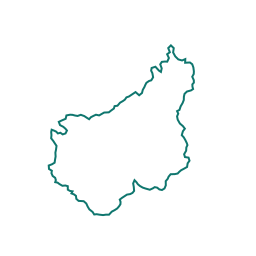 Piacatu, São Paulo, Brazil (orthographic projection), rotated 113°
{"feature_id": "56859067B18730423511926", "entity_name": "Piacatu", "entity_type": "district", "adm_level": 2, "iso_a3": "BRA", "parent_name": "Brazil", "parent_adm1": "São Paulo", "projection": "orthographic", "projection_center": [-50.65, -21.576], "detail": "fine", "context": "isolated", "style": "outline", "palette": "teal", "viewbox_px": 256, "rotation_deg": 113, "n_neighbors": 0, "source": "geoboundaries", "source_scale": "gbopen_adm2", "svg_char_len": 2384}
<svg xmlns="http://www.w3.org/2000/svg" viewBox="0 0 256 256"><g transform="rotate(113 128 128)"><path d="M210.3,154.5L210.2,151.8L210.8,149.4L213.4,147.9L214.4,145.0L213.5,142.5L212.7,140.2L213.8,136.9L216.1,134.4L218.0,131.8L219.1,127.8L220.8,125.3L219.6,123.2L218.9,120.3L217.9,116.9L216.3,114.3L215.2,111.6L211.4,110.3L208.8,108.2L206.3,106.5L203.5,105.6L201.1,105.2L198.9,106.0L197.1,107.6L194.6,106.2L189.7,102.9L188.0,100.2L186.0,98.5L183.5,97.8L179.9,99.7L177.0,101.6L173.5,101.6L174.6,99.0L175.9,97.0L176.7,94.4L177.1,91.2L176.9,88.4L176.3,83.8L173.9,81.6L172.0,80.3L171.5,77.8L172.3,75.1L171.8,72.5L169.4,70.8L166.0,70.8L162.2,72.5L159.3,71.6L156.9,71.6L153.9,70.7L152.2,67.0L150.5,64.5L148.3,63.7L146.1,62.6L143.9,60.8L140.8,58.4L137.2,59.3L134.1,58.6L131.6,60.7L132.5,64.2L130.2,66.1L126.2,65.6L123.1,66.7L120.5,66.6L118.9,68.0L116.8,70.4L114.8,73.0L113.6,75.7L109.5,76.2L106.4,75.4L104.8,78.2L103.6,82.0L100.9,85.5L98.1,87.4L95.1,87.4L93.3,89.4L91.2,87.7L87.5,88.0L83.7,87.5L80.4,87.6L77.3,88.8L74.5,89.3L71.4,88.0L68.8,84.7L66.7,83.3L64.8,84.8L62.7,85.8L60.5,85.1L58.3,86.1L55.7,88.9L52.6,88.6L50.1,89.5L46.7,91.5L44.2,93.8L43.5,96.6L45.6,100.9L42.2,102.2L44.7,104.6L45.2,108.5L43.6,112.5L40.8,116.0L36.6,117.1L35.2,120.8L38.7,122.2L41.9,119.1L44.8,120.8L47.6,117.7L51.6,117.8L52.4,120.0L53.9,122.7L56.8,123.2L59.9,120.3L63.5,119.6L63.1,121.9L60.9,126.7L63.5,129.7L66.2,129.1L68.0,127.0L71.5,124.7L75.0,125.2L76.5,127.0L79.2,128.7L81.6,128.9L83.9,128.9L87.1,129.3L90.3,128.8L93.5,130.5L92.0,135.1L94.6,136.8L98.7,139.5L100.4,141.4L103.2,142.0L105.3,143.3L107.8,145.2L111.6,146.4L113.1,148.9L115.6,148.6L118.2,150.2L121.1,151.8L123.1,156.0L127.7,159.5L128.3,162.7L130.3,164.5L132.6,166.4L135.1,167.2L134.7,169.7L134.1,172.9L134.3,176.6L136.6,179.1L137.2,181.6L137.6,184.3L138.4,186.5L140.5,189.6L143.9,189.0L146.8,191.8L149.4,194.1L151.9,191.7L152.2,188.0L153.1,185.3L154.2,183.2L157.4,183.4L159.4,185.6L158.8,188.4L160.4,190.4L159.4,192.7L159.3,195.0L159.4,197.6L161.8,197.1L164.4,195.7L167.5,194.7L169.2,191.6L170.7,189.4L172.4,186.8L176.1,185.8L179.1,185.2L182.5,183.5L185.6,182.8L188.6,182.0L191.1,183.8L193.5,186.3L196.6,184.7L197.1,181.4L199.5,180.8L201.6,178.6L202.3,175.6L204.1,174.1L206.3,173.8L205.8,171.5L206.4,169.1L206.8,165.8L205.4,163.2L205.1,160.7L208.3,159.3L208.6,156.9L208.0,154.3L210.3,154.5Z" fill="none" stroke="#0f766e" stroke-width="2"/></g></svg>